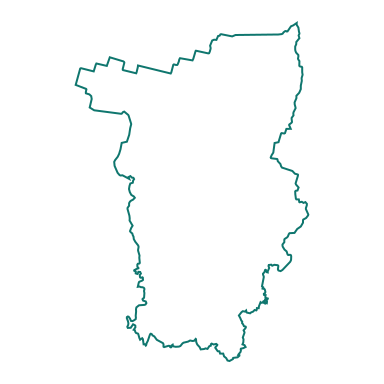 SVG path tracing the border of Perm'
{"feature_id": "RUS-3200", "entity_name": "Perm'", "entity_type": "Territory", "adm_level": 1, "iso_a3": "RUS", "parent_name": "Russia", "parent_adm1": "", "projection": "orthographic", "projection_center": [56.51, 58.891], "detail": "fine", "context": "isolated", "style": "outline", "palette": "teal", "viewbox_px": 384, "rotation_deg": 0, "n_neighbors": 0, "source": "natural_earth", "source_scale": "10m", "svg_char_len": 6014}
<svg xmlns="http://www.w3.org/2000/svg" viewBox="0 0 384 384"><path d="M164.1,347.1L163.5,346.7L163.5,344.2L162.9,343.1L156.8,339.8L154.3,336.4L152.5,335.4L151.8,334.2L150.8,333.7L150.3,334.0L149.8,335.0L147.8,340.9L146.7,343.0L146.1,345.3L145.8,345.6L144.8,344.2L143.6,344.3L142.9,339.2L142.6,338.7L142.2,338.2L140.1,339.7L139.4,338.1L138.2,333.9L137.8,333.5L136.2,333.1L135.4,332.1L134.8,330.2L133.7,329.8L135.4,327.3L135.3,325.6L135.0,325.3L133.1,324.3L130.7,327.8L127.8,327.9L127.3,326.8L128.2,324.9L128.4,323.3L128.0,321.3L126.8,318.1L126.9,317.1L127.8,316.5L128.6,316.7L130.0,318.6L131.0,320.9L132.5,321.1L134.2,320.2L135.7,319.1L135.9,317.5L135.7,315.9L136.1,311.6L136.0,309.2L136.4,307.4L139.0,305.3L144.4,304.9L145.5,304.5L146.4,303.1L145.8,301.5L143.1,300.6L142.5,299.3L142.7,298.7L143.7,298.2L144.1,297.3L144.4,293.0L144.0,291.0L144.4,289.4L144.3,288.4L143.7,287.7L142.3,287.2L141.0,287.2L139.4,286.5L137.8,286.8L138.7,282.9L139.2,281.8L142.0,280.7L143.0,279.9L142.8,277.6L142.4,277.3L141.0,277.8L140.1,277.4L139.9,276.6L139.8,274.9L140.9,273.6L140.2,272.0L138.4,271.8L137.7,273.8L137.4,274.0L135.7,273.4L135.8,271.7L134.2,270.7L134.5,269.9L135.5,269.8L136.1,269.1L138.4,268.3L138.4,267.9L137.4,266.8L137.3,264.7L137.8,263.8L139.4,263.5L139.8,262.9L139.3,257.8L139.5,255.5L138.1,250.7L138.1,249.7L138.6,246.9L138.2,245.5L135.3,241.8L133.8,239.1L133.5,236.6L132.8,235.3L132.3,233.5L130.7,232.2L130.0,231.1L131.2,228.0L132.6,225.7L129.6,220.6L129.7,218.3L129.4,215.7L127.5,208.9L127.6,207.8L129.1,205.7L129.1,203.2L129.9,201.7L131.0,200.7L133.1,199.6L134.8,197.8L133.9,196.5L131.3,194.9L129.8,192.1L129.0,189.0L129.5,185.9L130.3,183.5L132.8,182.7L133.1,180.6L134.1,179.1L133.4,177.8L131.9,177.6L130.4,176.1L128.5,177.1L129.2,178.9L122.5,175.3L120.6,175.5L119.6,175.1L117.6,172.8L114.6,165.9L114.2,161.9L115.1,160.1L117.7,156.8L119.1,153.9L120.5,149.3L121.7,142.9L126.9,141.7L129.2,134.8L130.2,128.2L131.2,124.2L131.1,123.6L128.6,115.6L128.2,114.9L124.2,111.6L123.0,112.1L121.8,113.6L121.2,113.8L94.2,110.3L89.7,107.5L91.7,99.0L91.2,96.1L89.4,94.4L85.9,93.3L85.8,92.2L86.4,89.3L86.1,88.9L75.7,84.9L80.2,68.6L81.0,68.2L93.7,71.4L95.8,64.6L96.4,63.5L106.8,65.9L109.8,57.3L123.4,61.4L124.0,61.9L124.3,62.4L124.3,62.8L122.7,69.1L122.8,69.9L123.1,70.1L136.2,73.3L136.5,72.6L137.8,67.2L138.0,65.5L170.7,73.5L171.3,72.4L173.3,64.8L173.9,64.4L176.1,65.0L177.3,64.9L177.7,64.3L178.8,61.6L179.3,59.4L180.0,58.2L192.5,60.4L193.3,58.8L195.6,51.0L195.9,50.7L208.3,53.4L209.1,53.2L209.8,51.6L210.6,48.7L210.6,47.8L210.1,45.7L212.2,40.5L214.1,39.7L216.4,39.9L218.1,36.0L219.6,35.7L220.4,34.4L221.1,34.2L232.2,36.4L235.5,35.0L278.3,34.5L281.7,34.1L282.7,33.6L283.5,32.4L285.0,31.2L285.9,31.0L286.7,31.5L287.5,31.4L291.0,26.3L293.2,25.4L296.7,23.0L296.6,24.1L296.8,25.0L298.4,27.6L299.0,31.9L299.4,33.1L299.4,33.8L298.6,35.4L299.4,38.2L296.3,42.0L296.2,44.3L295.2,46.5L295.2,49.5L295.4,50.8L296.1,52.6L298.3,55.0L298.4,56.3L298.0,58.7L298.3,59.5L299.4,61.1L299.3,65.8L300.1,66.5L301.8,66.8L302.2,67.5L302.2,72.3L302.6,74.8L301.6,78.1L301.8,80.9L300.8,85.7L300.8,89.1L299.2,92.8L296.4,95.8L296.4,98.2L294.6,102.4L294.7,104.4L295.5,107.4L295.6,108.2L293.5,112.3L293.3,113.7L293.5,115.4L291.7,117.8L291.6,118.7L292.0,122.0L291.4,122.9L289.4,124.4L289.1,125.0L290.7,128.8L286.4,128.9L285.0,133.1L284.3,133.5L281.6,133.1L281.1,133.5L278.5,142.2L274.6,143.0L273.3,152.6L271.7,155.1L270.7,157.4L270.9,158.0L271.6,158.3L277.1,159.0L277.4,159.3L277.8,161.2L280.4,164.0L281.1,166.3L282.0,167.6L292.4,171.0L294.9,173.7L297.8,174.5L298.0,174.8L297.9,175.8L295.6,183.4L296.0,184.5L298.6,187.5L297.5,190.5L295.7,190.8L295.2,191.4L295.3,194.2L295.9,198.7L296.4,199.4L298.8,199.4L299.3,202.1L299.6,202.3L301.8,201.8L303.5,202.9L305.4,202.1L306.9,203.9L306.8,205.4L305.9,208.1L305.9,209.1L308.3,214.5L308.1,215.4L306.1,218.0L303.2,219.6L303.0,220.4L303.0,222.7L300.8,226.5L297.2,229.0L294.5,232.9L289.5,233.2L288.8,234.1L287.9,236.4L287.2,237.3L284.6,239.0L284.3,239.8L284.3,242.2L282.5,244.5L282.5,245.8L282.8,246.8L284.5,249.6L286.6,251.4L287.6,254.5L288.2,255.0L290.1,254.8L291.0,255.3L291.2,256.4L291.1,259.4L290.9,260.4L290.2,261.8L282.4,270.0L280.6,271.1L278.5,270.5L278.1,269.9L277.9,269.1L278.3,266.5L278.2,265.6L277.6,265.2L274.3,264.8L272.2,265.7L271.3,264.7L268.8,265.0L268.5,266.0L269.2,268.0L267.6,271.6L267.7,272.4L266.8,272.2L266.1,271.2L265.9,270.0L265.4,269.8L265.1,270.0L264.4,272.2L263.0,273.7L263.0,274.5L263.7,276.4L263.8,277.0L262.0,286.3L263.2,287.3L262.6,288.0L262.5,288.6L264.4,289.0L264.9,289.8L265.4,292.0L264.9,293.2L263.9,293.7L263.9,294.6L264.1,295.0L265.6,295.1L265.3,297.1L265.6,297.8L267.8,298.5L267.6,299.1L265.4,299.0L265.1,299.4L265.3,300.3L266.8,300.7L267.0,301.8L266.8,303.2L265.9,302.8L265.4,303.6L265.1,303.6L264.6,303.0L263.5,302.8L264.6,301.7L264.7,301.4L264.2,300.9L263.4,301.3L262.6,302.5L261.7,302.5L261.1,302.9L260.5,302.3L258.9,306.4L258.7,308.2L256.9,308.1L256.7,309.9L256.3,310.4L254.6,310.0L253.1,311.6L251.1,312.4L250.1,313.3L246.9,312.6L246.5,312.2L246.1,310.5L245.0,311.6L242.8,311.2L241.5,312.2L238.9,315.5L240.3,318.1L241.3,320.6L242.2,321.5L242.1,323.2L243.1,324.3L243.9,326.1L245.6,326.6L245.9,327.1L245.4,328.3L243.6,330.3L244.4,332.0L244.5,332.7L242.8,337.5L243.5,339.3L243.3,342.4L242.5,344.4L244.5,345.1L245.6,347.0L243.4,348.1L240.9,348.7L240.7,349.2L240.9,350.5L240.5,352.0L238.7,354.1L238.2,355.0L239.4,355.2L239.4,355.7L237.6,357.3L233.2,357.9L232.9,359.1L229.5,361.0L227.5,360.5L226.2,358.1L224.1,356.4L223.2,353.6L220.1,353.6L219.4,351.3L217.7,351.2L215.3,347.8L215.3,347.4L217.2,345.3L217.3,344.8L216.2,343.9L213.6,344.5L211.7,343.6L210.9,344.2L210.8,345.7L209.3,346.2L207.5,348.9L205.5,348.4L204.2,349.0L200.7,349.4L199.7,347.2L197.5,344.8L196.9,343.8L196.2,341.8L196.0,339.2L195.7,338.9L194.1,340.8L192.4,341.0L190.1,340.5L188.1,341.6L183.5,342.7L182.4,343.5L180.4,346.0L178.9,346.6L175.7,346.8L173.6,346.4L173.0,346.0L172.7,344.7L171.6,345.5L171.4,347.1L170.9,347.4L170.1,347.0L169.6,345.9L168.6,345.8L164.1,347.1Z" fill="none" stroke="#0f766e" stroke-width="2"/></svg>